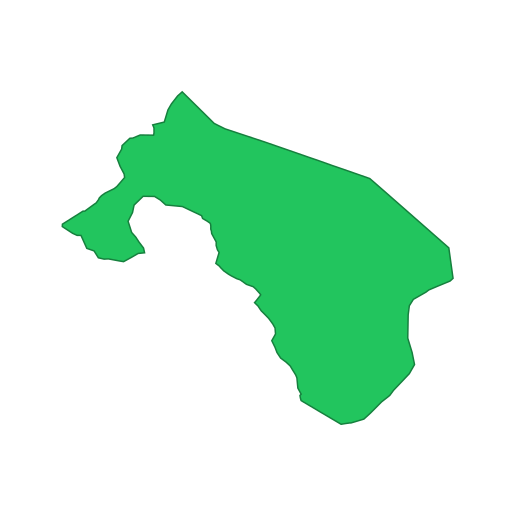 the district of Karu, Nassarawa, Nigeria, rotated 110°
{"feature_id": "59680162B13670821264537", "entity_name": "Karu", "entity_type": "district", "adm_level": 2, "iso_a3": "NGA", "parent_name": "Nigeria", "parent_adm1": "Nassarawa", "projection": "natural_earth1", "projection_center": [7.844, 8.986], "detail": "fine", "context": "isolated", "style": "filled", "palette": "green", "viewbox_px": 512, "rotation_deg": 110, "n_neighbors": 0, "source": "geoboundaries", "source_scale": "gbopen_adm2", "svg_char_len": 2131}
<svg xmlns="http://www.w3.org/2000/svg" viewBox="0 0 512 512"><g transform="rotate(110 256 256)"><path d="M127.0,381.5L132.4,384.4L142.0,387.5L148.8,388.7L161.5,388.0L168.1,397.9L170.5,395.7L175.3,393.9L177.5,393.6L181.9,406.2L187.4,412.2L188.5,414.8L198.0,419.6L201.5,418.8L211.2,420.4L218.2,414.4L224.0,408.0L227.2,406.3L238.3,410.5L241.3,412.4L248.5,419.3L252.1,421.8L255.0,423.1L257.2,423.3L260.9,424.4L262.8,425.8L272.5,432.3L273.0,433.9L292.3,448.8L294.6,448.1L297.4,436.1L297.8,431.2L296.5,427.5L306.7,417.6L306.6,409.9L311.6,403.5L310.9,397.7L309.2,393.7L307.4,382.8L306.6,378.5L299.9,372.6L293.9,367.6L291.1,361.8L287.0,364.4L282.8,370.9L279.4,375.4L276.4,380.9L267.1,388.1L257.4,386.9L249.9,388.0L238.5,382.5L234.7,371.6L234.8,371.4L236.1,365.1L238.9,358.2L234.7,342.1L236.7,320.9L239.0,319.0L239.9,314.0L240.8,310.5L241.6,309.6L243.6,308.6L246.2,307.7L247.9,306.4L250.1,305.3L256.4,298.2L259.8,297.0L263.3,294.4L265.3,291.9L276.7,291.2L278.1,286.8L279.0,285.4L281.0,281.2L282.5,275.7L283.1,272.5L283.9,266.3L283.8,262.7L285.9,255.3L285.8,248.1L287.0,245.1L289.9,239.7L290.9,238.3L291.7,238.5L293.6,239.1L296.7,240.1L299.0,240.9L300.3,241.4L301.1,239.7L302.3,237.0L304.4,234.2L305.8,232.2L308.3,226.8L310.1,223.1L311.1,221.5L314.2,216.9L315.7,215.2L317.1,213.5L322.6,211.0L326.5,211.6L330.2,212.2L332.5,209.8L335.4,206.8L339.6,203.2L343.5,197.9L344.5,194.5L345.4,191.5L346.0,190.1L347.6,186.3L350.9,182.2L352.2,180.5L354.3,177.9L355.2,177.1L356.5,175.9L365.8,171.5L370.4,166.3L371.5,166.8L371.9,167.0L372.2,166.9L374.3,165.7L376.4,164.2L377.0,161.2L380.8,141.1L385.0,118.5L383.1,115.1L380.6,110.4L380.5,109.8L378.0,106.4L372.3,98.8L364.2,94.6L350.1,88.1L342.9,83.6L341.7,82.9L341.2,82.6L335.1,80.8L314.2,71.7L303.8,69.9L293.3,76.3L281.3,85.3L259.2,92.9L250.3,94.9L242.9,93.3L231.8,83.9L228.8,82.0L222.9,75.7L213.1,65.0L209.6,63.2L182.4,77.6L169.1,111.7L151.3,157.4L144.3,175.6L144.5,191.4L144.8,211.3L144.9,215.2L145.0,230.9L145.2,240.5L145.6,268.8L145.7,274.8L145.9,287.7L146.0,290.4L147.1,328.6L146.6,332.9L146.3,335.8L145.7,340.7L132.9,368.6L127.0,381.5Z" fill="#22c55e" stroke="#15803d" stroke-width="1.5"/></g></svg>